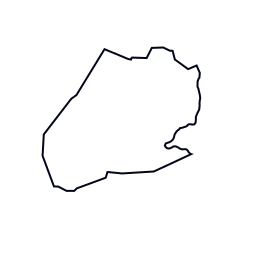 the district of Watauga, North Carolina, United States of America, rotated 127°
{"feature_id": "52423323B71278285569772", "entity_name": "Watauga", "entity_type": "district", "adm_level": 2, "iso_a3": "USA", "parent_name": "United States of America", "parent_adm1": "North Carolina", "projection": "robinson", "projection_center": [-81.756, 36.251], "detail": "fine", "context": "isolated", "style": "outline", "palette": "ink", "viewbox_px": 256, "rotation_deg": 127, "n_neighbors": 0, "source": "geoboundaries", "source_scale": "gbopen_adm2", "svg_char_len": 1202}
<svg xmlns="http://www.w3.org/2000/svg" viewBox="0 0 256 256"><g transform="rotate(127 128 128)"><path d="M210.6,133.1L207.1,132.6L181.1,115.9L175.5,117.9L167.8,105.3L147.2,81.2L110.8,61.8L111.1,62.9L110.7,65.4L110.1,66.8L109.9,68.4L110.5,69.6L112.5,72.0L113.3,74.2L113.3,75.8L113.5,76.9L113.9,78.7L114.4,79.5L115.6,80.8L117.4,81.3L119.8,82.9L120.7,84.9L120.5,86.4L119.9,88.0L117.6,88.5L116.1,87.6L114.5,86.4L112.6,85.6L110.6,85.2L109.1,85.3L107.3,85.9L105.3,86.8L104.0,87.0L101.4,87.1L100.0,86.9L98.9,86.6L98.2,86.3L96.8,86.4L95.6,85.2L92.1,82.7L90.8,82.1L89.7,82.1L88.3,81.6L87.3,80.2L86.6,78.7L85.3,77.3L83.1,77.2L80.2,79.0L78.3,80.5L74.5,81.5L70.3,82.3L67.1,84.2L65.4,85.6L63.4,86.9L60.8,88.2L58.5,90.4L54.1,95.6L53.4,97.1L52.1,98.2L49.0,100.4L46.1,101.3L44.9,101.2L40.8,103.8L36.8,110.8L44.8,115.4L45.1,131.8L39.6,138.7L39.8,138.9L39.9,139.4L40.2,140.0L40.5,140.2L41.0,140.9L41.1,141.2L42.5,148.3L49.7,157.2L60.9,155.2L69.3,167.1L69.6,167.0L70.0,167.1L70.4,167.2L70.5,167.1L70.9,167.0L71.5,166.8L72.8,169.4L79.2,194.2L132.7,189.0L138.8,190.9L139.3,190.9L183.8,191.4L201.6,179.5L219.2,152.0L216.7,148.3L216.7,148.1L215.2,139.3L210.6,133.1Z" fill="none" stroke="#020617" stroke-width="2"/></g></svg>